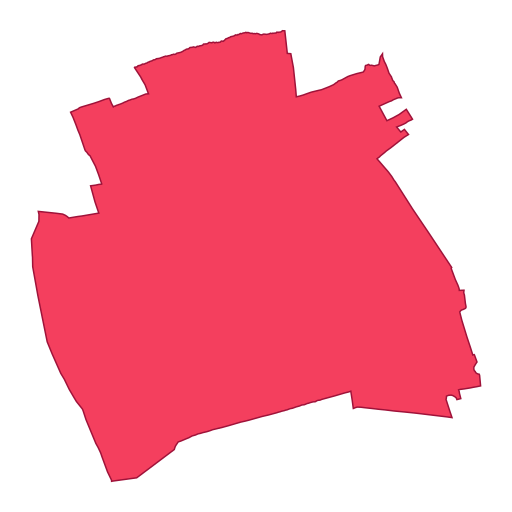 the district of Blagesti, Vaslui, Romania, rotated 90°
{"feature_id": "2599482B88980175976939", "entity_name": "Blagesti", "entity_type": "district", "adm_level": 2, "iso_a3": "ROU", "parent_name": "Romania", "parent_adm1": "Vaslui", "projection": "orthographic", "projection_center": [27.999, 46.142], "detail": "fine", "context": "isolated", "style": "filled", "palette": "rose", "viewbox_px": 512, "rotation_deg": 90, "n_neighbors": 0, "source": "geoboundaries", "source_scale": "gbopen_adm2", "svg_char_len": 5830}
<svg xmlns="http://www.w3.org/2000/svg" viewBox="0 0 512 512"><g transform="rotate(90 256 256)"><path d="M481.3,400.4L481.1,399.5L477.8,375.3L449.5,337.7L447.7,337.2L445.8,336.4L441.9,333.8L441.1,331.3L438.4,324.9L437.8,323.3L435.9,319.8L435.0,316.5L433.9,314.1L433.4,311.7L432.6,309.1L431.7,305.2L430.7,302.0L429.7,299.4L427.3,289.4L425.6,283.2L422.2,271.7L421.1,266.8L420.2,263.2L416.4,249.7L415.0,243.6L413.8,239.2L412.7,235.1L412.2,233.7L411.8,232.0L411.2,230.3L410.6,227.6L410.1,226.3L409.9,225.1L408.7,222.0L408.2,219.4L406.9,215.9L406.0,212.5L405.0,210.2L404.7,207.6L403.5,204.8L403.2,203.4L402.7,202.0L402.2,200.3L401.8,198.5L401.8,197.1L401.5,196.2L400.8,195.4L400.3,193.8L400.2,192.6L400.0,191.6L399.4,190.3L395.9,177.4L392.9,167.2L392.0,163.5L391.2,161.2L400.2,159.8L408.5,158.7L408.4,158.3L407.9,157.4L407.1,154.9L407.2,151.3L407.7,147.2L408.4,140.7L409.3,133.0L409.9,126.8L411.0,117.8L412.1,106.2L413.2,95.7L416.9,64.9L417.6,60.0L411.1,62.2L399.3,66.0L398.5,65.7L396.1,65.5L395.3,63.4L395.1,60.8L395.6,59.1L396.7,57.2L397.8,55.8L399.6,55.1L398.6,51.2L393.5,52.5L391.6,52.8L389.8,53.4L389.4,51.9L388.9,47.9L387.9,41.7L387.3,38.8L386.7,35.3L385.9,31.4L375.3,32.4L374.2,32.8L374.1,33.6L373.5,35.1L372.6,36.3L371.4,36.8L370.8,37.6L369.1,38.2L367.0,38.1L363.6,36.1L362.0,35.0L355.1,37.5L354.6,37.8L355.0,39.2L347.4,41.6L336.9,45.1L320.2,50.2L311.9,52.3L310.4,51.0L310.0,50.4L309.5,48.9L308.7,47.2L308.2,46.4L307.3,46.0L306.5,46.0L303.4,46.6L295.0,47.6L293.8,48.0L292.1,48.3L290.8,48.0L290.2,48.0L290.4,52.7L289.8,52.7L288.3,53.0L285.2,54.1L279.5,56.7L268.7,60.7L268.1,60.8L267.5,60.3L234.2,82.4L209.0,99.4L181.8,116.7L180.0,118.1L176.7,120.1L172.0,123.6L158.8,135.0L158.1,134.2L156.9,132.5L155.8,131.5L152.6,127.5L150.9,125.6L147.9,121.4L137.4,108.1L134.5,103.5L129.4,107.6L132.0,111.2L127.0,115.4L125.2,110.8L123.9,107.9L122.8,105.9L121.9,104.8L121.0,103.3L120.0,100.8L119.2,99.5L109.3,105.7L114.5,112.9L118.0,119.3L120.7,125.1L106.2,132.9L102.0,123.6L101.4,122.2L100.9,120.6L99.7,118.6L98.7,116.1L98.0,114.5L97.8,113.7L97.7,112.4L97.7,110.6L93.2,112.7L87.2,114.8L83.7,117.0L83.1,117.6L82.1,117.8L81.5,118.2L81.0,118.8L80.1,119.5L79.3,119.6L78.4,120.1L77.0,120.5L73.2,123.0L68.2,124.7L64.4,126.2L61.5,127.7L56.7,129.4L53.8,129.5L56.9,131.7L64.3,133.0L65.0,134.2L65.5,136.4L65.9,137.6L65.2,140.5L65.4,141.7L65.2,142.5L64.4,143.3L64.6,144.0L65.1,144.7L65.4,146.2L65.6,146.5L66.5,146.8L69.2,147.0L69.9,147.3L71.9,148.6L72.2,149.3L73.6,155.2L75.7,162.0L76.6,164.3L79.8,170.1L80.5,171.9L80.8,173.2L81.0,173.7L82.4,175.1L83.1,176.4L84.2,177.7L84.9,178.9L86.7,182.8L89.5,189.9L89.9,191.2L90.2,192.7L91.5,198.1L92.2,200.9L94.0,206.0L95.0,208.7L96.1,212.5L96.8,215.7L89.3,216.3L67.6,218.6L53.7,221.2L53.4,224.7L30.8,227.2L30.7,229.5L31.9,231.1L32.2,232.1L32.1,233.1L32.4,233.7L32.1,235.1L32.5,235.5L32.9,235.8L33.1,236.2L33.0,236.8L33.3,238.4L33.1,239.1L33.5,239.9L33.4,240.8L33.2,241.5L33.9,242.9L34.4,245.2L34.1,248.0L34.2,248.8L34.9,250.2L34.5,252.5L34.1,252.8L33.8,253.7L33.6,254.2L33.5,254.7L33.4,255.5L33.8,256.8L33.7,257.2L33.5,257.7L33.7,258.9L33.2,259.9L33.4,261.1L32.9,262.7L32.5,263.9L32.5,264.3L32.8,265.3L32.4,265.9L32.3,266.1L32.8,267.2L33.0,268.9L33.7,270.5L33.7,271.1L33.5,271.4L33.5,271.7L34.3,272.8L34.6,273.3L34.5,274.1L34.9,274.5L35.1,275.0L34.9,276.1L34.9,276.4L35.3,276.8L35.4,277.4L36.0,278.1L36.2,278.9L36.7,281.3L37.2,282.0L37.5,282.4L37.6,283.1L37.8,283.7L38.3,284.3L38.4,284.5L38.4,284.9L38.7,285.4L38.8,286.1L39.7,286.9L40.1,287.4L40.5,287.7L40.8,288.2L41.3,288.7L41.4,289.0L41.0,290.1L41.1,290.8L42.2,291.7L42.2,292.2L42.3,292.5L42.3,293.3L42.6,294.0L42.6,294.9L42.3,295.4L42.3,295.9L42.9,297.1L42.8,297.4L42.3,298.0L42.2,298.5L42.2,299.0L42.8,300.2L42.6,300.9L42.6,301.6L42.4,302.4L42.4,302.8L42.5,303.1L43.0,303.5L43.8,305.0L43.9,305.5L43.9,306.3L44.0,307.0L44.0,308.3L44.2,308.6L45.0,309.2L45.5,310.1L45.6,311.0L45.8,311.6L45.8,312.0L45.9,312.5L46.4,313.3L46.4,313.6L46.2,314.1L46.4,314.6L46.4,315.0L46.8,315.3L47.0,315.9L47.4,316.3L47.4,316.7L46.9,318.4L47.3,319.8L47.5,321.9L47.7,322.3L48.6,323.1L48.9,323.9L49.2,325.7L49.9,326.6L50.4,327.9L51.1,328.8L52.2,330.9L52.5,331.9L53.1,334.7L53.3,335.4L54.1,336.3L54.3,336.7L54.4,337.4L54.2,338.1L54.2,338.4L54.6,339.4L54.8,340.7L55.2,341.1L55.4,341.7L55.9,344.2L56.3,345.0L56.1,346.1L56.2,346.8L56.6,347.6L56.8,348.7L57.3,349.4L57.5,350.5L58.1,351.8L58.5,353.6L58.7,355.5L59.0,356.0L59.4,356.5L59.8,357.3L59.8,357.8L59.8,358.3L60.9,360.2L61.4,362.1L62.0,362.8L62.0,363.5L62.3,363.9L62.4,364.3L63.1,365.2L63.3,366.3L64.1,367.8L64.1,369.7L64.4,370.1L64.8,370.4L64.9,371.1L65.3,371.6L65.4,372.4L65.6,373.1L65.6,373.5L65.7,373.9L66.0,374.2L66.4,374.3L66.7,374.6L66.7,375.0L67.1,375.8L67.1,376.3L67.2,377.3L67.4,377.5L67.6,377.5L76.7,371.5L78.6,370.4L78.7,370.5L84.8,366.9L93.8,363.5L94.0,366.2L97.1,374.0L98.5,376.9L98.7,377.9L99.1,378.6L99.1,379.5L99.3,380.3L100.0,382.0L100.4,383.5L101.4,385.4L101.8,386.5L102.2,387.6L103.2,389.5L104.2,392.0L104.7,393.6L105.2,394.8L105.4,395.7L106.0,396.6L106.3,397.9L106.9,398.7L103.3,400.6L98.5,402.5L98.3,402.7L98.4,403.6L99.5,407.5L101.6,413.1L103.3,418.2L107.0,430.6L107.6,432.2L108.1,433.0L108.9,433.8L112.2,441.4L117.5,438.9L124.6,436.1L130.1,434.1L134.6,432.2L149.7,427.1L150.8,426.6L152.3,425.1L154.6,423.5L155.7,422.0L166.3,416.5L174.6,413.4L183.8,410.3L184.1,410.3L184.2,410.6L184.4,413.1L185.1,416.2L185.8,421.4L201.9,417.0L213.1,413.2L216.0,430.1L216.5,434.1L218.0,443.2L216.8,444.5L215.4,446.5L214.1,449.3L213.3,455.5L211.4,473.7L214.5,473.0L221.3,473.1L238.8,480.6L256.2,479.6L256.8,479.5L266.7,479.3L295.7,474.1L341.8,464.8L354.0,459.8L373.4,451.2L379.2,447.7L389.5,442.7L397.5,438.0L401.5,435.6L409.0,429.6L410.7,428.9L419.6,426.0L441.8,416.8L443.3,416.2L447.6,413.8L453.0,411.3L456.8,410.0L471.8,404.5L479.7,400.7L480.6,400.4L481.3,400.4Z" fill="#f43f5e" stroke="#9f1239" stroke-width="1.5"/></g></svg>